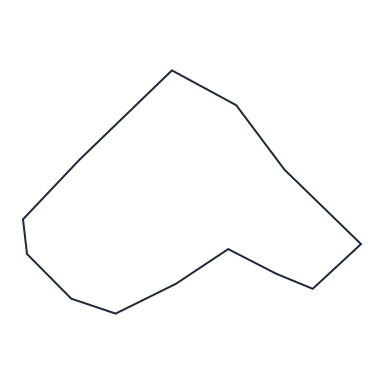 outline of Safi
{"feature_id": "MLT-5971", "entity_name": "Safi", "entity_type": "state/province", "adm_level": 1, "iso_a3": "MLT", "parent_name": "Malta", "parent_adm1": "", "projection": "orthographic", "projection_center": [14.491, 35.832], "detail": "fine", "context": "isolated", "style": "outline", "palette": "slate", "viewbox_px": 384, "rotation_deg": 0, "n_neighbors": 0, "source": "natural_earth", "source_scale": "10m", "svg_char_len": 290}
<svg xmlns="http://www.w3.org/2000/svg" viewBox="0 0 384 384"><path d="M115.6,313.6L71.3,298.7L27.0,254.0L23.0,219.3L79.4,159.8L171.9,70.4L236.2,105.2L284.5,169.7L361.0,244.1L312.7,288.8L276.5,273.9L228.2,249.1L175.9,283.8L115.6,313.6Z" fill="none" stroke="#1e293b" stroke-width="2"/></svg>